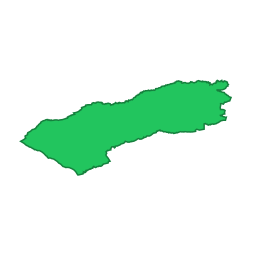 Gianyar, Bali, Indonesia, rotated 77°
{"feature_id": "22746128B44616450347238", "entity_name": "Gianyar", "entity_type": "district", "adm_level": 2, "iso_a3": "IDN", "parent_name": "Indonesia", "parent_adm1": "Bali", "projection": "equal_earth", "projection_center": [115.288, -8.482], "detail": "fine", "context": "isolated", "style": "filled", "palette": "green", "viewbox_px": 256, "rotation_deg": 77, "n_neighbors": 0, "source": "geoboundaries", "source_scale": "gbopen_adm2", "svg_char_len": 5826}
<svg xmlns="http://www.w3.org/2000/svg" viewBox="0 0 256 256"><g transform="rotate(77 128 128)"><path d="M101.5,205.6L101.6,206.7L101.9,207.1L101.9,209.0L102.6,211.4L102.9,211.9L103.5,211.9L104.6,214.4L105.6,215.2L105.6,215.8L105.9,216.4L106.3,216.8L106.8,216.9L107.3,218.0L107.8,218.2L107.8,219.1L108.1,220.3L108.0,221.6L109.3,223.8L110.0,226.6L110.7,227.2L111.2,227.1L112.0,227.5L112.1,228.2L112.7,230.1L114.2,230.2L114.8,229.9L115.8,232.0L116.8,235.6L119.6,232.7L122.1,230.9L122.6,230.0L124.3,228.4L125.0,226.9L126.5,225.6L126.8,224.8L128.1,224.1L128.2,223.1L129.7,221.2L130.1,219.3L131.9,217.3L133.9,215.7L136.7,214.1L137.5,213.1L138.5,213.1L139.5,212.3L139.6,210.7L140.0,210.0L140.5,209.5L141.5,207.4L144.6,204.5L146.7,203.3L147.9,201.8L150.9,200.0L151.6,198.6L152.4,197.8L152.8,195.7L153.4,194.0L155.3,191.5L156.6,190.1L158.7,188.8L162.4,187.5L162.6,186.8L162.6,182.1L162.3,181.9L162.1,182.3L161.8,182.1L161.7,180.1L161.0,180.5L161.4,179.7L161.2,179.0L160.7,179.2L160.1,178.8L159.8,179.2L160.0,178.0L160.5,177.9L160.3,177.4L160.0,177.4L160.1,176.6L159.7,176.1L159.6,174.5L159.3,174.2L159.6,173.7L159.3,173.5L159.4,172.9L159.0,171.9L159.2,171.5L158.6,171.3L158.6,170.9L158.0,170.6L157.7,170.1L157.9,169.7L158.4,169.7L159.2,168.5L159.1,167.9L158.6,167.0L158.9,165.7L158.5,164.8L158.8,164.5L158.7,164.2L159.2,163.1L158.7,161.5L158.2,161.2L158.0,160.5L157.6,160.2L157.6,155.2L156.3,154.6L156.3,153.0L152.6,154.3L150.2,155.5L149.0,155.5L148.0,154.5L146.2,154.7L146.0,153.9L145.3,153.3L145.2,152.8L145.6,151.9L145.3,151.1L145.5,149.7L144.5,149.4L144.0,149.5L143.7,148.8L142.7,148.0L143.0,146.3L144.3,145.7L144.0,144.9L143.0,144.7L142.9,143.4L143.2,142.7L142.5,139.1L142.0,138.6L141.9,135.9L141.5,134.8L140.4,133.7L140.7,133.5L141.1,132.3L141.7,131.5L142.1,129.8L141.9,128.4L142.1,128.0L141.8,127.6L142.1,126.9L142.1,125.1L141.4,122.3L140.8,121.3L140.7,119.8L141.5,119.1L141.8,117.4L141.4,115.6L140.9,115.1L141.1,115.1L140.8,112.3L140.0,111.4L140.6,109.0L140.3,107.5L138.7,104.2L138.9,103.3L138.8,101.5L137.6,100.9L137.8,100.2L137.3,99.2L137.6,98.6L137.2,98.0L137.2,97.3L137.5,97.0L137.8,97.4L138.1,97.1L138.6,95.3L139.8,94.1L139.9,92.7L141.0,91.0L141.4,89.3L141.9,89.3L141.8,88.2L142.6,87.2L142.8,85.4L143.6,84.7L143.6,82.5L143.3,81.6L143.8,81.3L143.3,77.9L144.0,76.2L144.0,75.2L144.5,74.4L144.3,73.7L144.6,72.5L145.0,71.6L145.4,70.3L145.4,69.4L145.8,68.7L146.3,66.0L146.5,62.9L145.4,62.9L144.7,61.3L146.1,58.9L146.3,54.1L141.1,52.9L141.1,51.6L141.5,51.5L142.2,50.0L142.6,50.0L143.3,48.8L143.0,48.3L143.0,47.0L143.4,47.0L143.4,46.7L143.1,46.2L143.1,45.1L143.2,44.2L143.6,43.8L143.6,40.9L143.1,39.8L143.1,39.0L142.4,37.1L141.9,36.2L141.9,33.3L142.4,31.3L139.6,29.8L139.6,30.6L138.9,31.4L138.7,32.2L137.8,33.4L137.3,33.8L136.9,35.0L136.5,35.1L136.6,33.4L135.9,32.0L136.1,30.6L134.4,30.4L132.8,29.5L131.7,30.6L131.2,31.9L130.8,33.7L128.9,33.6L126.4,32.5L125.1,32.3L125.3,31.3L126.2,29.7L124.6,28.0L124.8,27.7L124.9,26.7L124.4,24.1L124.5,22.8L121.4,20.7L120.3,22.5L118.7,23.4L118.2,24.4L117.5,24.5L116.6,25.7L115.1,26.2L114.2,28.4L113.2,29.6L113.0,30.5L112.3,31.1L111.9,32.3L111.3,32.7L111.0,32.7L111.0,31.9L111.8,29.2L112.0,27.4L111.8,25.8L111.3,24.0L110.0,22.9L109.4,21.5L109.5,21.3L108.8,21.2L108.3,20.4L106.9,21.1L105.7,20.9L105.6,21.3L104.7,22.0L104.5,22.9L103.9,23.1L103.8,23.8L104.6,24.9L103.9,25.8L102.7,25.9L103.1,27.2L103.5,27.5L103.5,28.0L102.9,28.9L103.0,29.6L102.2,29.6L101.7,30.3L102.5,31.6L103.4,31.6L103.5,32.0L104.2,32.4L104.2,32.7L103.8,33.2L103.8,33.6L104.0,34.9L104.4,35.4L104.5,36.1L104.8,36.3L104.1,36.9L104.2,37.7L104.1,38.0L104.3,38.4L103.6,38.2L103.0,38.6L102.9,38.0L102.4,37.9L102.1,39.3L101.7,39.0L101.1,39.4L101.1,39.7L101.3,39.8L101.4,41.1L100.7,41.1L100.2,41.8L100.3,42.5L99.7,43.6L99.8,44.4L99.1,44.8L99.1,45.1L99.5,45.4L99.4,46.0L98.7,46.8L98.7,47.5L98.2,47.8L97.7,48.7L98.0,50.8L98.7,51.2L98.7,52.8L98.9,53.2L98.5,54.3L97.8,54.8L97.2,56.2L97.7,56.1L97.7,57.4L98.1,58.0L97.9,58.6L98.1,59.2L97.7,60.0L97.6,60.8L96.6,62.0L96.6,62.5L96.3,63.4L96.6,64.0L96.3,65.4L94.9,65.3L94.7,66.6L94.3,66.7L93.5,68.2L93.8,68.6L93.4,69.4L93.4,70.3L94.0,70.9L93.9,71.8L94.2,72.1L94.7,72.1L94.8,72.4L94.5,73.7L94.8,74.3L94.6,75.1L94.8,75.9L94.5,76.8L95.0,77.7L94.7,79.8L95.2,80.3L94.6,81.4L95.1,81.9L95.1,82.4L95.6,82.9L95.2,83.3L95.0,85.7L95.1,86.2L95.6,86.3L96.0,87.7L95.8,89.0L96.3,89.8L95.9,92.1L97.1,93.2L97.2,94.2L96.7,94.6L96.8,96.4L96.2,96.9L96.6,97.8L96.6,98.5L96.4,99.1L95.8,99.3L96.0,100.9L95.6,102.6L95.9,103.6L95.5,104.4L95.9,104.9L96.2,106.6L96.4,106.6L96.5,105.8L97.0,106.5L96.9,106.8L96.3,107.3L96.2,107.8L97.8,109.3L97.6,110.5L98.3,110.8L98.2,112.0L98.6,112.5L98.7,113.2L99.7,113.8L99.6,114.8L100.0,115.8L100.6,116.5L101.0,116.6L101.5,117.5L101.0,118.3L101.6,120.0L100.9,121.0L101.4,121.5L102.4,121.8L102.3,122.1L101.6,122.2L101.7,123.2L101.2,123.5L101.2,124.1L101.4,124.7L101.9,124.5L102.7,125.6L102.3,126.9L102.1,129.2L101.1,130.8L101.3,131.7L101.8,131.0L102.0,131.8L101.4,133.6L100.4,134.3L100.6,134.8L101.2,135.1L101.3,137.0L101.8,137.1L101.6,138.8L101.9,139.5L100.5,139.8L99.4,141.7L99.4,143.1L99.6,143.3L99.2,144.5L99.7,145.3L99.1,146.1L99.1,146.9L98.4,147.6L97.9,147.3L97.2,147.8L97.4,148.2L96.9,148.8L96.6,150.1L96.0,151.2L95.9,153.3L96.5,153.7L96.4,154.4L95.6,155.8L95.7,157.2L96.2,157.4L96.3,157.9L97.1,158.4L96.3,162.1L96.2,164.1L96.9,164.6L97.3,164.5L97.6,168.3L98.0,168.3L98.0,168.7L98.7,168.6L99.5,169.5L99.7,170.4L100.0,170.3L100.4,171.9L100.8,172.2L101.2,175.1L101.1,177.6L102.7,176.9L102.7,179.7L103.1,180.2L102.7,180.5L103.3,182.4L103.4,183.6L103.7,184.3L104.0,184.2L104.0,184.7L104.8,184.8L104.7,186.3L104.8,186.4L105.1,189.9L104.8,192.9L104.9,194.1L104.2,195.3L103.8,197.0L103.6,198.3L103.8,198.5L103.4,201.2L103.1,201.1L103.1,201.6L102.9,201.6L102.9,202.8L102.5,202.8L102.3,203.1L102.5,204.2L101.7,204.3L101.5,205.6Z" fill="#22c55e" stroke="#15803d" stroke-width="1.5"/></g></svg>